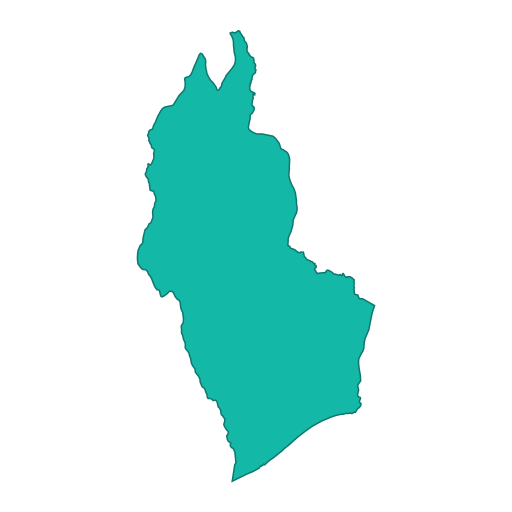 the district of Zumalai, Cova Lima, East Timor
{"feature_id": "22284137B47375840688188", "entity_name": "Zumalai", "entity_type": "district", "adm_level": 2, "iso_a3": "TLS", "parent_name": "East Timor", "parent_adm1": "Cova Lima", "projection": "equal_earth", "projection_center": [125.45, -9.134], "detail": "fine", "context": "isolated", "style": "filled", "palette": "teal", "viewbox_px": 512, "rotation_deg": 0, "n_neighbors": 0, "source": "geoboundaries", "source_scale": "gbopen_adm2", "svg_char_len": 6016}
<svg xmlns="http://www.w3.org/2000/svg" viewBox="0 0 512 512"><path d="M230.1,33.1L230.3,34.0L231.4,35.5L232.1,37.0L233.1,39.6L233.5,42.5L233.4,44.2L234.2,52.2L235.4,57.1L235.4,61.2L234.5,64.6L232.0,68.4L226.0,75.7L225.3,77.6L222.0,83.2L221.3,86.7L220.1,87.7L218.7,90.1L218.1,90.3L217.0,90.0L216.0,86.9L212.9,82.6L210.7,80.4L208.5,77.0L207.7,75.0L207.0,73.9L206.6,71.4L206.1,69.7L205.6,66.1L205.5,64.3L205.7,61.7L205.6,60.0L205.0,58.5L203.1,55.7L202.7,54.7L202.0,53.9L200.7,53.3L199.5,54.3L195.4,64.0L194.2,66.5L192.2,71.9L190.9,74.5L188.9,76.7L186.0,77.3L184.8,78.2L184.7,79.5L185.1,81.6L185.2,85.5L184.8,87.7L183.8,90.6L180.0,94.4L179.1,95.5L173.4,104.7L172.6,105.4L164.4,107.2L162.4,108.7L161.0,110.5L158.0,115.9L156.3,119.8L155.4,122.4L154.5,123.7L153.5,125.6L152.9,128.0L152.5,128.8L151.9,129.4L150.1,130.0L148.8,131.3L148.6,133.2L147.8,134.9L147.8,135.8L149.0,138.5L148.8,140.2L149.0,141.3L149.8,142.0L150.0,143.6L151.2,144.5L151.4,146.4L151.8,147.7L153.8,149.0L154.4,149.9L154.4,151.1L153.6,153.3L154.0,157.3L153.6,159.0L151.7,163.4L151.2,164.2L150.6,164.8L149.5,164.7L148.7,163.9L148.1,163.9L148.0,164.7L148.1,166.1L147.8,167.3L146.8,168.8L146.4,171.6L145.3,173.8L145.3,174.5L146.0,176.3L148.1,178.9L148.6,182.0L149.6,184.4L149.4,185.6L149.9,187.6L149.9,189.7L150.2,190.2L151.0,190.6L153.5,191.3L153.9,192.0L154.2,193.6L155.8,197.1L156.0,200.7L154.8,203.2L154.5,204.5L154.6,205.7L154.1,207.3L153.3,208.5L152.7,211.0L152.6,213.1L153.0,216.5L152.7,218.0L151.4,221.5L150.7,222.9L149.1,223.8L147.5,227.4L145.1,229.7L144.9,230.3L143.1,237.9L142.8,242.4L142.2,243.8L140.8,244.8L139.9,246.0L138.8,249.0L138.3,249.6L137.6,253.9L137.4,258.5L137.8,262.8L138.1,264.0L140.5,267.4L142.5,269.4L145.3,269.7L146.1,270.0L147.1,271.1L147.9,272.3L148.7,274.6L150.1,276.1L151.6,278.7L154.3,285.7L155.4,287.7L157.0,289.7L158.6,289.9L159.5,290.9L160.4,294.9L161.0,296.4L161.4,296.8L162.4,296.8L163.7,296.1L166.5,294.2L169.4,291.4L170.9,291.2L172.3,291.7L173.3,292.7L174.1,293.9L174.8,295.9L176.2,298.0L177.7,299.6L179.1,300.3L180.0,301.9L180.8,308.0L181.4,309.8L182.7,312.6L183.5,318.8L183.4,321.0L183.0,323.2L181.4,325.5L181.2,326.3L181.6,330.1L181.5,332.5L181.8,333.7L182.6,335.2L183.5,339.2L185.0,342.6L185.3,344.6L185.2,347.5L185.6,348.7L187.6,351.1L189.0,353.2L189.5,355.6L190.6,358.4L191.5,363.5L192.9,366.1L195.0,369.0L195.4,372.3L198.6,376.3L199.9,379.0L200.3,382.5L201.9,386.2L202.6,387.1L204.5,388.4L205.1,389.6L205.8,392.2L207.1,394.6L207.1,396.0L207.5,397.7L208.1,398.5L210.8,398.6L211.4,398.9L212.9,400.3L213.6,400.6L215.1,400.1L215.5,400.2L216.2,400.7L217.1,402.1L218.2,406.9L219.4,408.0L220.6,410.3L221.0,413.2L221.4,414.8L222.5,415.6L224.8,419.1L224.9,419.9L224.7,421.2L223.8,424.5L224.4,426.3L226.2,429.4L227.9,431.2L228.2,431.8L228.2,433.0L227.9,434.1L226.7,435.9L227.4,439.5L228.4,441.4L230.4,442.8L230.8,443.5L230.2,444.8L230.4,446.1L231.5,447.6L233.0,448.3L233.4,448.8L234.9,452.2L235.9,462.5L235.6,463.4L234.8,464.5L232.2,481.3L245.9,474.5L253.6,471.2L259.3,468.0L260.2,466.5L261.1,465.7L261.4,466.1L261.7,466.0L262.7,465.1L263.8,464.6L263.8,464.3L264.7,464.8L269.1,460.7L273.6,457.6L282.4,450.5L284.1,448.7L288.5,445.3L297.8,437.0L305.7,430.9L312.2,426.3L321.9,420.9L332.3,416.6L336.4,415.3L340.5,414.4L343.7,414.1L345.3,413.5L349.4,413.4L350.7,412.9L351.8,413.6L354.1,412.4L354.9,412.2L355.2,412.4L355.9,411.7L356.2,410.8L358.0,408.4L359.3,407.6L360.6,405.8L360.9,405.2L361.0,404.2L360.9,403.5L359.4,402.1L359.3,401.6L360.5,398.4L360.4,397.8L360.1,397.3L358.7,397.0L357.8,396.2L357.6,394.5L358.6,390.3L358.5,389.1L357.6,386.1L358.3,384.2L360.6,380.9L360.4,375.9L359.0,367.7L358.5,362.3L358.8,358.8L361.0,354.2L363.2,350.4L363.8,348.3L364.1,343.8L365.0,338.7L368.8,329.9L371.5,316.0L372.4,312.2L374.6,305.6L364.8,300.0L362.3,298.7L361.2,298.6L360.1,298.9L359.1,298.3L357.8,295.0L356.2,294.7L354.5,294.1L354.0,288.7L354.4,287.7L353.8,285.3L354.2,283.7L354.0,282.1L354.2,279.9L352.0,277.9L349.9,276.7L348.7,276.6L347.4,276.8L346.6,277.5L344.5,275.9L343.7,274.0L343.0,273.5L342.6,273.8L342.2,275.4L341.6,275.5L340.2,274.5L338.7,275.3L335.3,274.1L334.2,274.2L331.2,271.7L328.4,270.3L327.5,270.1L326.8,270.4L326.1,271.2L325.7,272.2L325.4,272.6L319.2,273.1L317.9,273.6L317.0,273.5L317.0,272.8L316.1,272.1L315.5,270.6L314.6,269.6L314.7,268.6L316.1,267.4L316.3,266.6L315.9,265.4L315.1,265.3L314.5,264.8L314.9,263.7L313.8,263.4L311.9,261.5L310.8,261.5L310.2,260.9L306.7,259.4L305.5,257.6L304.3,256.5L303.4,252.2L300.8,252.0L299.5,252.8L298.1,252.4L294.5,249.5L293.7,249.4L292.8,248.9L290.7,248.2L290.2,247.8L289.9,246.6L289.4,246.1L287.9,245.5L288.2,238.9L288.8,236.4L291.2,231.1L292.7,225.4L293.3,219.7L294.4,217.4L295.3,215.0L296.4,213.2L296.9,210.9L297.1,207.9L296.4,203.0L296.5,200.9L295.4,193.2L294.4,189.9L293.2,187.2L292.4,186.2L291.3,183.7L290.8,182.2L290.1,180.9L289.0,176.4L288.8,174.2L289.4,168.7L289.3,166.2L289.6,161.0L289.6,158.9L288.7,155.2L287.6,153.1L286.2,151.6L284.6,150.8L283.6,149.9L281.8,149.2L280.9,148.6L279.2,143.3L275.5,138.3L273.0,136.2L262.4,134.0L258.8,133.9L257.5,134.1L256.1,133.7L253.4,132.7L251.3,131.3L249.9,130.3L248.6,128.7L248.4,127.5L248.5,126.4L249.3,122.0L250.0,119.4L250.2,117.0L250.1,115.4L250.6,114.4L251.9,113.6L253.1,111.9L253.9,110.1L254.4,108.3L253.8,106.9L252.2,105.6L251.9,104.0L252.4,101.8L252.4,100.5L253.2,98.4L252.9,96.3L253.2,95.2L253.0,94.9L253.1,94.2L253.8,94.1L254.7,94.8L255.0,93.8L254.7,93.1L253.0,92.2L251.2,91.5L250.7,91.0L249.8,89.2L249.7,86.4L250.4,85.0L250.0,84.7L250.1,83.6L250.4,83.0L250.8,83.1L251.3,80.7L252.0,79.5L251.9,78.0L252.7,75.4L253.5,74.1L254.2,73.8L255.4,72.8L255.5,71.6L255.9,70.3L255.7,69.3L255.3,69.1L254.9,68.2L255.7,65.2L255.1,64.4L255.1,63.9L254.1,62.9L253.9,61.5L254.0,60.2L253.5,58.1L253.2,57.7L250.6,56.6L249.9,55.2L248.7,54.6L248.8,53.5L248.5,53.0L247.5,52.3L247.0,50.6L247.0,48.7L247.4,46.7L246.4,43.1L244.8,41.2L244.0,39.9L244.2,39.6L243.8,37.4L242.7,36.7L241.9,35.0L240.4,33.4L240.3,32.5L239.7,31.7L239.7,31.2L238.3,30.7L235.5,32.7L234.5,32.8L232.3,32.2L230.1,33.1Z" fill="#14b8a6" stroke="#0f766e" stroke-width="1.5"/></svg>